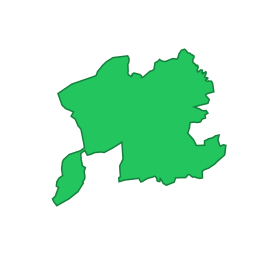 Gaya, Kano, Nigeria, rotated 161°
{"feature_id": "59680162B19536521240899", "entity_name": "Gaya", "entity_type": "district", "adm_level": 2, "iso_a3": "NGA", "parent_name": "Nigeria", "parent_adm1": "Kano", "projection": "albers", "projection_center": [8.975, 11.819], "detail": "fine", "context": "isolated", "style": "filled", "palette": "green", "viewbox_px": 256, "rotation_deg": 161, "n_neighbors": 0, "source": "geoboundaries", "source_scale": "gbopen_adm2", "svg_char_len": 4233}
<svg xmlns="http://www.w3.org/2000/svg" viewBox="0 0 256 256"><g transform="rotate(161 128 128)"><path d="M45.4,71.1L44.2,73.3L41.6,78.9L41.1,79.7L43.3,81.1L46.6,80.8L46.9,82.5L46.8,87.6L44.1,91.7L47.9,92.1L52.1,91.1L53.7,91.5L55.5,91.6L57.3,91.2L59.1,91.0L59.8,91.0L61.2,86.8L67.8,88.8L69.0,89.2L70.0,96.1L73.3,103.6L69.9,108.0L67.6,112.9L63.7,112.1L60.9,110.7L58.0,110.1L56.5,110.8L55.4,112.1L54.0,112.3L51.5,112.2L51.5,112.4L50.9,115.4L47.6,116.0L48.3,118.8L48.6,119.1L50.2,119.5L51.4,119.9L52.4,120.6L54.1,122.7L58.5,126.3L52.8,126.1L44.5,125.3L43.7,126.2L43.3,126.7L42.6,127.6L41.9,128.5L43.6,132.5L43.9,134.0L43.7,134.2L42.5,134.5L41.9,134.7L35.1,134.3L33.5,142.5L33.8,144.9L34.1,145.2L34.6,145.4L35.0,145.6L35.4,145.7L35.7,145.8L36.0,145.9L36.3,146.2L36.4,146.3L36.6,146.3L37.0,146.3L37.6,146.3L38.0,146.6L38.6,147.2L38.7,147.4L38.9,147.5L39.0,147.6L39.2,147.8L39.1,148.0L38.9,148.1L38.7,148.1L38.4,148.1L38.1,148.2L37.8,148.3L37.5,148.5L37.3,148.5L37.0,148.5L36.7,148.5L36.4,148.9L36.3,149.2L36.4,149.5L36.7,149.6L36.9,149.7L37.1,150.0L37.3,150.1L37.6,150.2L37.8,150.3L38.1,150.3L38.3,150.4L38.5,150.5L38.7,150.9L38.6,151.4L38.5,152.0L38.2,152.3L37.7,152.7L37.3,152.9L37.1,153.2L36.9,153.6L36.3,154.3L36.1,154.7L36.1,155.1L36.2,155.4L36.1,155.7L36.1,155.9L36.4,156.0L36.6,155.9L37.0,155.6L37.4,155.5L37.8,155.5L38.4,155.5L38.7,155.6L38.9,155.4L39.0,155.0L39.2,154.8L39.4,154.8L39.6,154.9L39.7,155.2L39.8,155.4L40.0,155.8L40.0,156.2L39.9,156.7L39.7,157.0L39.3,157.4L39.1,157.6L39.0,157.9L38.9,158.1L38.8,158.3L38.9,158.5L39.1,158.6L39.3,158.7L39.7,159.0L40.1,159.2L40.5,159.2L41.0,159.1L41.4,159.0L41.6,158.9L41.8,158.8L41.8,158.5L42.0,158.4L42.1,158.5L42.5,158.7L43.0,158.5L43.1,158.2L43.4,158.2L43.8,158.4L44.0,158.8L44.0,159.9L43.8,160.3L43.2,160.8L42.6,161.5L42.2,162.2L41.8,162.7L41.7,163.0L41.7,163.5L41.9,164.1L41.8,164.6L42.0,164.7L42.4,164.6L42.9,164.5L43.5,164.6L43.6,164.9L43.5,165.4L43.2,165.6L45.2,168.9L45.2,169.4L45.3,169.8L45.0,170.2L44.7,170.7L44.5,171.2L44.3,171.8L43.7,172.1L43.4,172.5L42.8,173.0L42.6,173.9L42.3,174.2L42.3,174.8L42.5,175.2L43.0,175.7L43.4,176.2L43.9,176.6L44.5,177.1L44.6,177.5L44.9,178.3L45.1,178.6L45.6,178.7L46.4,179.2L47.1,179.9L47.4,180.4L47.4,181.1L47.5,181.5L47.9,182.3L48.5,183.5L48.9,184.1L52.3,184.1L55.8,181.4L57.2,179.0L59.1,177.2L63.2,179.1L71.1,178.7L74.3,180.3L75.8,182.6L78.3,181.3L81.2,180.9L82.6,178.3L84.5,174.8L86.6,174.4L88.9,174.5L94.6,172.1L96.2,171.5L98.5,171.2L98.4,173.0L99.3,174.6L102.3,176.6L103.6,177.5L104.6,178.1L105.2,177.9L106.4,177.6L106.4,177.1L106.8,177.0L107.2,176.7L107.2,176.2L107.4,175.9L108.5,175.8L110.0,178.1L110.4,178.5L110.3,179.2L110.1,180.3L109.3,181.8L107.4,188.4L107.0,188.7L106.7,189.0L106.3,189.4L105.8,190.1L105.6,190.4L105.3,191.1L104.9,192.1L104.6,192.8L104.4,193.4L104.5,193.8L104.6,194.0L104.8,196.3L119.2,199.4L126.8,197.7L131.8,195.4L134.8,193.4L138.4,191.3L140.8,188.2L142.9,187.8L166.8,187.8L183.0,183.4L182.9,171.0L180.6,166.6L174.3,161.0L178.0,157.6L175.0,153.6L174.4,145.8L173.7,144.6L172.9,141.9L174.8,128.1L175.6,123.6L180.2,122.0L192.1,122.1L199.2,119.1L200.9,117.4L203.9,111.4L204.3,109.8L205.3,104.3L209.5,103.1L212.9,100.2L214.7,96.3L212.9,94.4L217.2,89.4L218.3,87.7L220.4,86.4L222.5,85.6L222.1,82.1L220.6,77.7L209.5,79.8L208.8,79.9L207.3,80.1L196.2,84.0L188.1,90.5L188.4,91.7L185.5,94.0L184.4,96.7L183.7,101.0L183.5,101.3L181.2,104.4L183.4,107.0L182.5,113.5L181.0,119.2L176.2,120.8L175.3,115.5L171.4,115.2L167.7,115.6L165.6,115.1L163.8,114.7L161.4,114.1L158.5,112.6L149.6,114.0L146.4,114.7L138.4,116.6L138.8,115.1L139.8,111.3L142.8,100.3L148.1,94.9L149.3,90.9L150.1,88.0L151.0,84.4L152.9,84.0L153.9,80.1L148.1,79.9L134.0,76.8L134.0,76.3L133.9,75.8L134.0,75.1L133.3,72.7L131.9,72.8L126.4,73.9L124.9,73.9L122.7,73.8L121.9,73.6L121.0,73.5L119.0,73.8L118.5,73.7L118.1,73.2L117.7,72.7L117.5,71.9L117.2,70.6L117.7,68.9L117.1,67.8L116.2,67.3L115.3,67.0L114.3,69.0L114.0,69.7L113.7,69.1L113.3,67.8L112.7,64.0L111.9,63.3L110.4,61.4L107.9,61.5L101.9,61.8L99.3,65.3L96.3,64.5L89.5,62.3L86.3,64.4L86.1,64.3L84.2,63.0L84.1,62.0L82.6,60.3L80.8,60.2L80.1,59.2L76.4,56.9L73.8,56.6L72.2,61.7L71.8,63.0L70.5,63.3L69.8,63.6L69.1,63.7L64.8,63.8L58.0,65.6L54.5,67.3L45.4,71.1Z" fill="#22c55e" stroke="#15803d" stroke-width="1.5"/></g></svg>